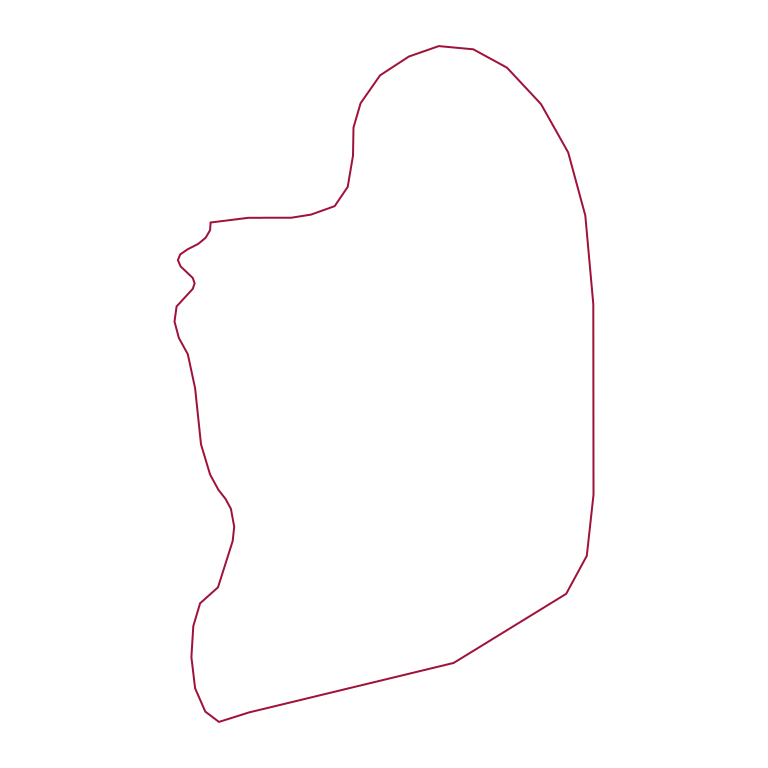 the Municipality of Krong Pailin
{"feature_id": "KHM-1783", "entity_name": "Krong Pailin", "entity_type": "Municipality", "adm_level": 1, "iso_a3": "KHM", "parent_name": "Cambodia", "parent_adm1": "", "projection": "mercator", "projection_center": [102.549, 12.885], "detail": "fine", "context": "isolated", "style": "outline", "palette": "rose", "viewbox_px": 768, "rotation_deg": 0, "n_neighbors": 0, "source": "natural_earth", "source_scale": "10m", "svg_char_len": 782}
<svg xmlns="http://www.w3.org/2000/svg" viewBox="0 0 768 768"><path d="M218.9,721.9L205.3,711.6L195.1,688.3L191.4,657.1L193.3,626.1L200.1,603.3L217.9,587.4L218.0,587.3L232.7,541.0L234.2,526.7L230.9,508.8L225.5,498.9L218.4,489.8L210.1,474.6L201.0,444.3L195.1,388.2L187.8,354.2L178.9,338.0L174.5,321.6L176.6,306.4L192.8,288.8L194.6,283.4L192.8,278.0L180.6,266.4L177.9,260.2L180.2,254.4L187.8,249.2L198.2,243.9L205.7,237.7L210.1,230.1L210.6,222.5L248.3,217.8L291.5,217.7L311.0,214.6L334.7,206.1L347.7,186.9L353.0,155.7L353.5,127.5L360.6,103.2L380.1,75.3L408.9,56.5L438.8,46.1L473.3,49.3L507.0,67.7L541.0,104.1L568.2,152.5L585.3,215.5L593.3,304.2L593.5,494.8L586.8,555.8L566.2,593.8L453.7,662.9L249.1,712.4L219.0,721.9L218.9,721.9Z" fill="none" stroke="#9f1239" stroke-width="2"/></svg>